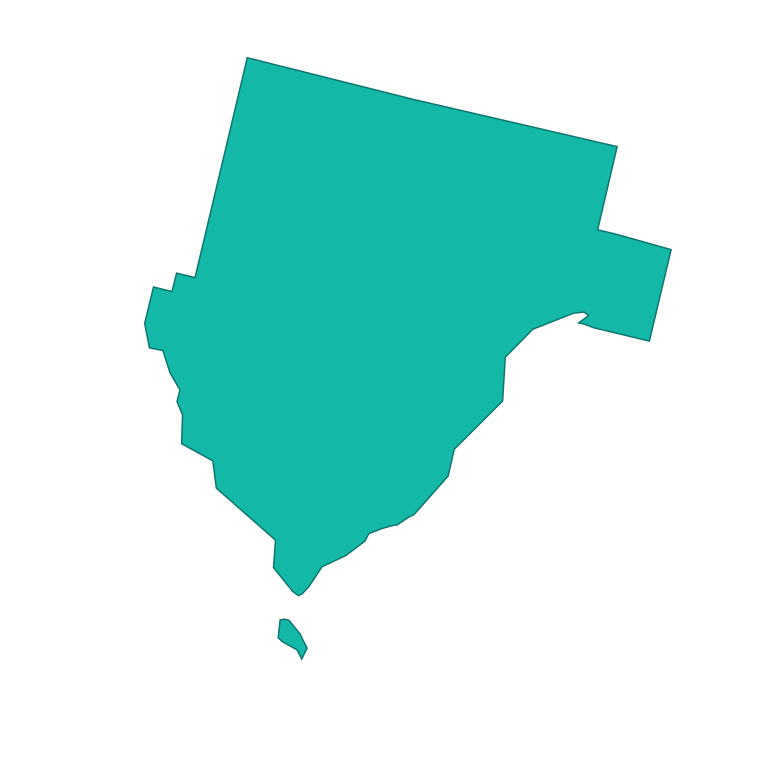 Anchorage, Alaska, United States of America, rotated 284°
{"feature_id": "52423323B58185108898", "entity_name": "Anchorage", "entity_type": "district", "adm_level": 2, "iso_a3": "USA", "parent_name": "United States of America", "parent_adm1": "Alaska", "projection": "orthographic", "projection_center": [-149.538, 61.109], "detail": "fine", "context": "isolated", "style": "filled", "palette": "teal", "viewbox_px": 768, "rotation_deg": 284, "n_neighbors": 0, "source": "geoboundaries", "source_scale": "gbopen_adm2", "svg_char_len": 975}
<svg xmlns="http://www.w3.org/2000/svg" viewBox="0 0 768 768"><g transform="rotate(284 384 384)"><path d="M667.5,172.4L661.0,172.5L441.5,174.9L441.4,155.9L422.4,155.9L422.3,136.9L384.9,137.1L362.3,147.7L362.9,161.4L342.9,173.8L341.8,174.9L329.0,187.4L316.9,187.4L305.3,196.0L277.1,202.1L268.0,236.5L252.7,242.5L242.4,246.5L218.3,293.1L209.7,309.8L206.2,316.5L179.1,321.2L160.5,345.8L158.0,352.3L161.1,355.7L169.5,360.2L178.1,363.3L191.7,368.1L193.3,370.1L208.6,388.7L227.1,403.6L235.2,405.5L235.5,406.0L243.4,417.1L250.0,428.9L250.2,430.6L260.5,439.9L264.4,444.6L310.2,468.5L337.6,467.9L396.2,503.2L439.3,495.2L473.1,515.1L498.6,550.8L502.2,560.7L499.9,566.0L490.4,558.1L490.5,564.5L489.3,574.0L489.8,631.1L583.8,630.1L585.5,573.0L585.3,554.0L670.7,552.8L668.3,406.5L667.2,343.6L667.5,172.4ZM105.0,363.9L97.3,370.7L109.1,373.3L121.3,362.8L131.7,349.1L131.8,344.7L130.0,340.3L112.2,342.7L109.4,347.6L105.0,363.9Z" fill="#14b8a6" stroke="#0f766e" stroke-width="1.5"/></g></svg>